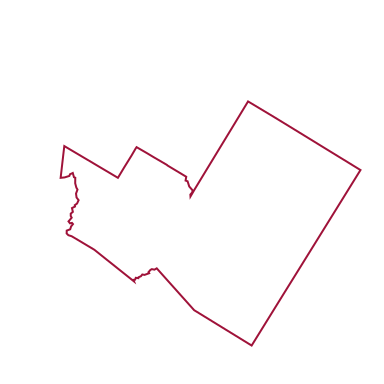 Maricopa, Arizona, United States of America, rotated 211°
{"feature_id": "52423323B41946106713870", "entity_name": "Maricopa", "entity_type": "district", "adm_level": 2, "iso_a3": "USA", "parent_name": "United States of America", "parent_adm1": "Arizona", "projection": "albers", "projection_center": [-111.877, 33.277], "detail": "fine", "context": "isolated", "style": "outline", "palette": "rose", "viewbox_px": 384, "rotation_deg": 211, "n_neighbors": 0, "source": "geoboundaries", "source_scale": "gbopen_adm2", "svg_char_len": 1149}
<svg xmlns="http://www.w3.org/2000/svg" viewBox="0 0 384 384"><g transform="rotate(211 192 192)"><path d="M60.6,177.1L59.9,226.0L59.4,261.3L58.9,297.6L156.4,298.5L190.6,298.5L190.7,274.0L191.0,218.3L191.1,196.2L191.0,187.4L192.1,189.0L191.6,191.8L192.3,193.7L197.2,195.3L201.3,198.9L203.4,198.5L204.8,202.1L226.8,202.1L227.3,202.3L242.7,202.1L250.7,202.1L256.7,202.0L262.6,201.9L262.7,200.1L262.6,192.0L262.8,178.0L262.8,169.0L262.8,166.0L278.8,165.9L325.1,165.6L323.0,160.9L311.9,136.5L308.7,138.9L305.4,142.6L305.7,144.4L304.0,146.9L300.8,143.9L299.4,144.1L296.6,139.3L293.4,136.2L291.4,135.1L290.6,130.9L288.1,127.8L285.0,126.6L284.6,122.9L285.7,120.3L284.8,119.3L286.6,116.4L283.9,113.6L284.8,111.0L283.6,109.0L281.9,108.0L282.7,103.2L280.4,102.3L279.0,103.7L277.5,103.2L277.9,100.2L277.2,97.3L279.5,94.4L278.1,91.9L275.7,91.3L272.4,92.1L246.0,92.2L230.4,90.1L195.7,85.5L197.0,86.5L195.6,87.6L196.0,89.5L193.6,90.5L193.9,91.4L192.4,93.5L192.1,95.7L190.0,96.5L186.9,100.3L188.0,100.9L187.5,103.8L186.7,105.2L184.2,106.1L182.9,108.4L165.5,103.0L129.3,91.8L61.8,91.1L61.0,151.0L60.6,177.1Z" fill="none" stroke="#9f1239" stroke-width="2"/></g></svg>